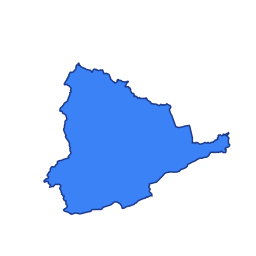 the district of Vanduzi, Manica, Mozambique, rotated 254°
{"feature_id": "85939544B72355494669336", "entity_name": "Vanduzi", "entity_type": "district", "adm_level": 2, "iso_a3": "MOZ", "parent_name": "Mozambique", "parent_adm1": "Manica", "projection": "equal_earth", "projection_center": [33.373, -18.898], "detail": "fine", "context": "isolated", "style": "filled", "palette": "blue", "viewbox_px": 256, "rotation_deg": 254, "n_neighbors": 0, "source": "geoboundaries", "source_scale": "gbopen_adm2", "svg_char_len": 5690}
<svg xmlns="http://www.w3.org/2000/svg" viewBox="0 0 256 256"><g transform="rotate(254 128 128)"><path d="M92.7,36.5L92.7,39.0L92.3,40.1L93.4,41.4L93.8,42.7L93.8,43.2L93.2,44.4L93.2,45.7L91.7,47.4L91.4,47.5L90.4,47.2L89.3,46.0L88.5,45.6L87.6,46.0L86.4,46.3L84.7,46.1L83.5,46.3L82.6,46.0L81.9,46.6L80.7,46.7L80.3,47.3L80.1,47.9L78.0,46.4L76.5,46.6L75.6,47.1L75.1,47.6L75.1,48.2L72.1,47.4L71.2,47.6L70.6,48.2L70.3,48.2L69.4,47.8L69.0,47.7L68.2,46.8L67.8,45.0L67.2,43.6L66.9,43.4L65.9,43.9L65.0,44.9L64.1,46.7L62.9,47.9L62.2,48.3L61.5,49.5L60.8,49.5L60.6,51.2L60.9,53.8L60.0,55.8L58.8,57.8L58.6,59.2L58.4,66.5L58.1,68.5L58.3,69.6L59.1,70.2L59.4,71.3L57.8,77.4L57.2,79.4L57.4,80.7L58.4,81.9L58.7,82.9L58.8,88.9L59.0,90.9L60.2,93.4L60.6,94.6L60.6,95.2L60.3,96.0L59.9,96.8L58.7,98.3L57.3,99.5L55.1,100.3L52.3,100.4L52.1,102.3L52.4,103.6L52.6,103.8L52.8,104.9L52.7,106.6L52.5,108.1L52.7,108.7L52.6,109.4L52.9,110.5L52.8,112.2L53.0,112.9L53.6,113.6L53.8,115.4L55.2,117.7L55.8,121.5L56.0,124.8L55.8,125.1L56.5,126.6L56.0,127.9L56.6,129.2L56.5,129.9L56.8,130.6L56.3,132.3L57.0,132.2L57.7,132.6L58.3,132.6L60.4,131.1L61.1,130.9L63.1,132.4L63.6,132.3L65.2,131.6L65.6,131.7L66.6,132.7L68.3,133.0L68.2,140.6L73.3,149.6L73.9,150.2L74.4,151.3L74.5,153.1L74.2,155.3L74.4,155.4L73.9,157.5L73.1,159.4L72.6,161.1L72.2,163.1L72.3,165.3L72.6,165.9L73.0,166.2L73.1,166.8L73.6,167.7L73.6,170.2L74.0,172.6L74.8,174.3L76.3,175.2L76.9,176.4L76.8,177.4L77.1,178.1L77.3,179.6L77.7,180.3L77.6,181.8L77.9,182.5L77.9,184.0L78.6,185.2L78.7,186.4L78.9,186.9L79.2,189.3L78.5,190.6L78.7,192.2L78.6,193.3L78.6,194.4L78.3,195.2L78.4,195.9L79.2,198.0L81.1,199.7L81.3,200.3L81.8,200.7L81.7,201.7L81.0,203.0L81.1,203.9L80.5,204.9L80.2,206.9L79.6,208.0L79.7,209.0L79.5,210.2L79.5,210.6L79.9,211.1L79.9,211.6L78.9,212.2L77.9,213.2L77.6,214.9L78.1,215.6L79.2,215.7L79.8,216.3L80.5,216.2L80.8,215.5L81.1,215.4L81.5,215.7L82.3,217.6L82.1,218.8L82.2,219.5L82.6,220.3L83.2,220.8L84.0,221.1L85.2,220.4L85.8,220.4L88.5,221.0L90.2,222.1L91.1,222.1L91.5,221.7L93.1,221.2L93.5,220.2L94.1,219.8L94.3,219.9L94.5,220.4L94.0,221.3L94.1,222.1L94.7,223.2L95.2,223.4L95.7,223.3L95.4,222.7L95.6,221.9L94.9,220.6L95.2,219.4L95.0,218.7L95.6,218.4L95.8,218.0L95.6,217.6L94.8,217.5L94.6,216.1L94.8,215.6L95.9,214.9L95.9,214.2L96.2,213.3L96.0,212.7L94.0,212.1L93.6,211.1L92.7,211.3L92.4,211.1L92.2,210.4L92.3,208.4L91.6,207.7L91.4,206.4L90.8,205.8L91.1,205.2L91.2,204.5L91.2,203.8L90.9,203.3L90.9,202.4L91.1,201.7L91.8,201.4L92.1,200.7L91.7,199.4L92.9,198.1L92.5,196.0L92.4,193.6L93.0,192.1L94.9,190.8L95.3,189.2L94.8,188.2L95.9,187.0L96.1,186.4L95.9,185.8L101.1,187.2L112.8,187.8L113.7,187.4L113.7,186.2L114.1,183.7L114.1,179.3L114.4,177.4L115.0,175.8L116.2,174.3L128.0,173.5L130.8,172.8L132.6,172.9L133.8,172.7L134.6,173.1L135.5,174.3L136.4,174.9L137.5,174.8L138.3,174.4L138.4,173.8L139.9,172.5L140.2,172.4L140.5,172.0L140.5,171.6L140.1,171.2L139.9,170.5L140.2,169.6L140.0,168.6L140.3,168.3L140.6,168.3L140.8,167.8L140.9,166.8L141.3,166.3L141.7,166.1L141.6,165.5L140.9,164.7L141.0,163.9L142.7,162.3L143.5,160.8L144.0,159.2L144.6,158.3L145.0,157.2L146.9,156.7L149.5,154.3L150.7,154.3L152.0,153.6L151.5,152.6L152.1,151.7L152.6,148.8L153.2,148.4L153.3,147.7L154.1,147.2L154.1,146.9L153.8,146.0L153.9,145.6L155.0,145.4L156.2,144.5L156.5,144.1L156.5,143.0L156.7,142.6L157.1,142.7L157.5,143.1L158.1,142.9L159.3,143.1L159.7,142.8L160.2,141.5L160.8,141.2L163.3,140.7L164.5,141.1L165.8,141.0L166.5,139.8L167.4,139.9L167.6,139.7L167.9,138.8L168.0,137.6L168.6,136.7L169.1,136.8L169.4,137.6L170.4,138.2L171.8,139.6L172.4,141.0L172.8,140.9L173.0,140.5L172.9,138.7L173.0,137.9L174.0,135.5L175.6,134.3L176.2,132.7L177.0,132.3L177.3,131.8L177.2,131.3L176.8,130.8L176.5,130.7L176.1,131.0L175.8,130.9L175.0,129.2L174.9,128.2L175.0,127.7L176.0,127.4L176.8,126.4L179.7,124.8L181.3,124.9L184.8,124.4L186.3,122.6L186.6,121.7L186.4,121.5L186.7,120.5L187.2,119.7L187.4,119.6L187.8,119.9L188.9,119.6L190.3,119.7L190.9,119.4L190.8,118.5L191.2,118.0L191.3,117.0L191.2,115.7L192.1,114.4L193.2,113.4L193.8,111.8L193.7,110.9L191.7,109.2L191.7,108.6L192.1,108.3L193.8,108.0L194.2,106.8L194.9,105.7L195.7,104.2L196.9,103.2L199.3,100.2L200.4,99.3L201.4,99.1L201.8,98.0L202.0,97.7L202.2,97.8L202.5,98.4L202.8,98.7L203.7,98.6L203.9,98.4L202.2,95.5L201.1,94.8L199.4,94.4L198.7,93.6L197.9,92.0L197.2,91.4L196.9,90.5L197.1,88.8L197.5,88.2L197.3,87.5L195.9,86.5L195.3,85.7L194.4,85.5L193.3,84.2L192.5,83.8L192.0,82.8L191.1,82.5L189.9,80.8L187.9,78.9L187.3,78.8L186.9,79.2L186.9,80.1L186.7,81.4L186.5,81.5L186.0,81.6L184.6,83.0L182.7,84.0L181.5,84.1L179.7,83.1L178.7,83.4L178.3,82.9L178.0,81.8L176.6,81.7L174.1,79.6L172.1,78.3L171.5,77.6L170.5,77.1L170.2,76.6L169.8,74.8L169.3,73.6L167.6,71.9L166.6,70.4L166.0,68.8L164.2,67.5L163.6,67.3L162.9,67.5L162.5,68.0L162.4,68.9L162.3,69.1L161.7,69.3L160.4,69.3L159.7,69.8L159.4,70.4L157.7,71.7L154.4,71.9L153.0,71.4L152.6,70.8L152.3,69.9L151.8,69.4L149.7,68.7L147.5,67.4L146.1,67.2L145.1,66.1L143.8,65.7L142.4,65.7L138.2,66.3L137.8,66.3L137.2,65.6L136.0,65.6L131.0,67.3L129.0,67.5L127.6,66.8L126.1,66.9L125.1,67.3L124.1,66.4L123.2,66.4L122.0,66.0L120.4,66.5L119.8,66.4L118.4,64.8L117.0,62.7L116.7,62.6L116.0,63.1L115.7,62.8L115.4,61.6L115.6,60.6L115.5,59.8L115.7,57.9L115.2,55.4L115.5,52.8L115.4,51.7L115.2,51.1L114.7,50.7L113.9,50.4L113.3,50.5L113.1,50.2L112.4,48.4L111.1,47.2L111.0,45.9L111.7,44.6L111.6,43.8L110.3,42.1L108.7,41.7L107.9,41.2L107.6,40.8L107.1,39.5L105.9,38.5L105.3,37.5L104.3,37.3L103.4,38.0L103.1,38.1L102.1,37.8L101.6,36.9L101.7,35.9L101.5,34.9L101.0,34.1L100.8,33.2L100.1,32.6L99.4,32.6L98.9,33.1L99.2,34.4L98.6,36.5L97.9,36.5L96.7,36.2L94.9,37.7L94.6,37.7L92.7,36.5Z" fill="#3b82f6" stroke="#1e3a8a" stroke-width="1.5"/></g></svg>